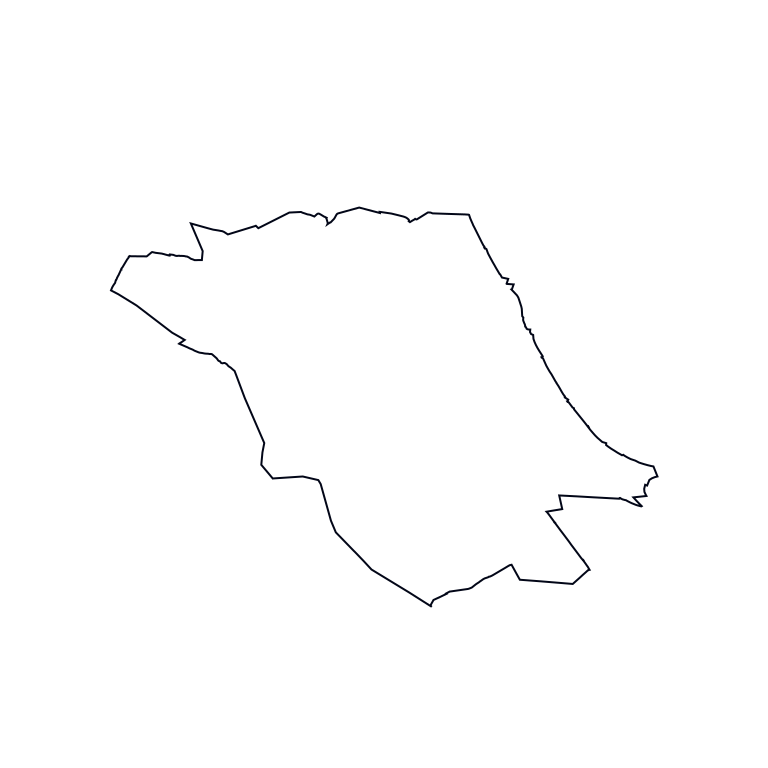 Borne, Overijssel, Netherlands, rotated 202°
{"feature_id": "6326949B45905338143380", "entity_name": "Borne", "entity_type": "district", "adm_level": 2, "iso_a3": "NLD", "parent_name": "Netherlands", "parent_adm1": "Overijssel", "projection": "robinson", "projection_center": [6.747, 52.312], "detail": "fine", "context": "isolated", "style": "outline", "palette": "ink", "viewbox_px": 768, "rotation_deg": 202, "n_neighbors": 0, "source": "geoboundaries", "source_scale": "gbopen_adm2", "svg_char_len": 6039}
<svg xmlns="http://www.w3.org/2000/svg" viewBox="0 0 768 768"><g transform="rotate(202 384 384)"><path d="M103.3,408.5L105.7,408.0L109.2,407.5L112.8,407.1L116.4,406.8L118.1,406.7L122.3,407.1L127.2,406.8L130.8,407.1L134.3,407.6L135.6,408.0L136.6,407.1L141.8,407.8L145.5,408.5L149.1,409.1L152.6,409.9L155.2,410.6L155.8,412.4L159.9,412.0L165.7,414.0L169.0,415.4L172.2,417.0L175.3,418.6L178.5,420.5L178.2,420.8L179.1,421.3L179.2,421.5L179.8,421.3L184.3,423.9L198.3,431.7L198.8,432.7L200.3,432.8L205.9,436.2L206.8,436.5L207.1,436.2L207.7,436.6L207.4,436.9L207.3,438.5L211.0,439.2L210.9,439.5L211.7,439.9L211.7,440.3L213.8,441.5L216.5,443.5L219.1,445.6L221.7,447.6L224.5,449.5L224.6,449.8L225.9,450.6L232.3,455.7L235.1,457.6L237.8,459.7L240.4,461.8L242.8,464.1L246.2,467.4L247.3,467.7L247.7,467.5L248.0,467.8L247.7,468.0L247.2,469.1L247.8,469.6L252.5,472.9L255.3,475.0L257.8,477.1L260.2,479.4L262.3,481.8L264.1,485.4L266.3,485.4L268.1,486.9L268.8,489.3L270.0,488.8L270.9,488.6L271.6,488.5L272.5,488.7L273.1,489.3L273.6,489.8L274.6,490.1L275.0,491.0L275.5,491.7L276.0,492.3L276.4,492.6L277.0,493.2L278.4,494.7L278.7,495.0L278.9,495.5L279.2,496.0L279.7,497.8L281.2,498.6L281.8,499.8L284.4,505.3L285.7,507.2L289.3,511.5L291.5,514.1L292.0,514.6L293.9,516.0L301.3,519.4L301.1,519.6L300.9,520.0L301.1,524.9L307.6,522.8L307.9,522.9L308.2,528.0L314.5,526.9L317.4,529.2L317.9,529.2L323.8,533.7L325.9,535.4L328.6,537.5L333.0,541.1L336.1,543.7L336.9,544.5L339.6,547.5L340.8,547.7L341.1,547.4L342.0,547.9L341.8,548.2L342.4,549.0L342.8,549.2L343.6,549.6L344.2,550.1L346.1,551.7L347.9,553.3L358.3,562.5L361.1,564.9L361.5,565.4L363.8,567.6L366.1,569.9L368.5,572.7L369.0,572.7L372.6,571.5L388.1,565.8L402.9,560.4L404.7,560.4L405.0,560.4L407.1,559.7L407.3,559.6L407.5,559.5L407.7,559.3L415.1,549.1L415.3,548.9L415.5,548.8L415.8,548.7L416.1,548.7L416.4,548.7L417.0,548.8L417.4,548.0L419.0,546.0L420.6,543.8L422.1,544.2L422.1,545.0L422.6,545.6L423.3,545.9L425.3,546.5L426.5,546.6L427.6,546.6L429.0,546.5L430.4,546.3L433.5,545.9L441.0,544.8L452.5,542.0L451.9,541.0L473.1,538.3L490.2,525.2L490.6,524.9L490.8,524.6L491.1,524.3L491.2,524.0L491.3,523.9L491.4,523.6L491.5,523.2L492.0,519.1L492.1,518.9L492.2,518.3L493.0,516.4L493.5,515.1L494.1,513.7L494.7,513.4L495.2,512.5L495.8,511.7L496.3,510.9L496.3,512.0L499.2,515.7L499.5,515.9L499.4,516.6L501.5,516.8L501.9,516.7L506.1,517.4L507.9,517.6L508.5,517.5L508.7,517.4L509.2,517.1L509.7,516.5L511.1,513.6L511.3,513.2L515.9,513.2L518.6,512.6L520.9,512.5L523.7,512.3L525.4,512.4L536.0,507.5L558.9,481.4L562.1,482.7L562.5,482.3L584.3,464.6L584.8,464.2L588.9,465.0L589.6,465.1L590.5,465.1L591.3,465.1L592.5,464.8L595.1,464.3L600.3,463.1L606.0,462.4L623.2,460.5L601.9,439.3L599.3,430.7L606.0,427.9L606.4,427.9L608.3,427.9L609.2,427.8L610.0,427.8L610.7,427.9L611.5,428.1L612.5,428.3L614.1,428.4L614.5,428.4L615.2,428.1L616.7,427.9L618.5,427.4L620.3,426.7L621.2,426.3L621.6,426.3L621.9,426.2L622.2,426.1L624.1,425.1L624.5,425.0L625.0,424.9L625.5,424.8L627.7,424.8L630.7,424.0L631.2,423.9L631.3,423.7L631.1,423.5L630.9,423.3L630.7,423.1L630.7,422.8L630.9,422.7L631.3,422.6L635.4,422.1L636.5,422.0L637.2,421.9L637.8,421.8L638.8,421.7L644.8,420.1L648.3,419.5L648.6,419.3L648.8,419.0L651.6,413.8L651.9,413.4L666.6,407.6L667.0,407.5L667.3,407.5L667.6,407.5L668.2,406.8L668.3,406.3L668.1,406.1L668.3,405.0L668.8,403.3L670.2,394.3L670.6,393.0L670.7,392.2L670.4,391.8L670.6,391.7L670.7,390.3L670.7,389.5L670.8,387.7L670.9,386.0L670.9,385.2L671.1,384.5L671.2,383.0L671.3,382.4L671.2,381.7L671.3,380.1L671.5,380.0L671.5,379.4L671.2,377.0L671.7,375.0L672.0,373.3L672.2,371.7L672.2,368.5L663.9,367.7L642.8,364.1L599.6,352.2L590.6,351.0L588.1,350.6L586.1,350.3L585.3,350.2L587.1,347.4L589.0,344.8L589.1,344.6L581.0,344.4L580.1,344.4L577.8,344.2L574.3,344.2L572.1,343.9L569.4,343.9L568.4,343.9L567.7,343.9L566.8,344.0L566.2,344.1L565.1,344.4L563.8,344.7L562.1,345.0L560.9,345.3L559.2,345.9L557.9,346.3L557.3,346.4L556.8,346.5L555.8,347.0L554.9,347.2L554.1,347.0L549.8,345.5L549.0,345.2L548.5,345.0L548.1,344.7L547.0,344.0L546.7,343.8L546.3,343.6L545.6,343.5L545.0,343.5L544.7,343.6L544.4,343.5L543.4,342.8L543.1,342.6L542.9,342.6L542.1,342.6L541.7,342.6L541.3,342.8L540.3,343.5L539.9,343.7L539.2,343.8L538.5,343.7L537.3,343.5L536.9,343.3L535.4,342.5L534.6,342.2L532.1,341.7L530.7,341.2L529.0,340.6L527.4,340.1L524.5,337.0L507.8,318.8L472.9,284.4L471.1,275.1L467.5,263.1L451.7,254.7L451.2,255.0L424.7,267.8L408.9,270.3L405.2,267.5L382.0,237.4L373.1,228.4L352.5,219.3L349.1,217.8L348.3,217.5L336.7,212.3L326.1,207.3L282.4,200.1L256.3,195.3L258.0,196.1L257.5,199.8L257.2,202.3L252.2,207.6L247.4,212.9L247.9,213.1L245.3,216.2L244.7,216.5L229.4,225.4L228.6,226.0L226.6,227.9L226.2,228.4L225.6,229.5L223.9,232.5L223.4,233.3L221.5,236.0L221.2,236.7L220.8,237.2L219.4,239.4L218.9,240.2L218.4,240.8L217.8,241.5L215.9,243.1L215.1,243.8L214.9,244.1L214.7,244.3L214.6,244.6L214.2,244.8L213.7,245.1L212.9,245.9L211.9,247.0L210.5,248.8L203.0,258.6L200.6,261.8L200.0,262.5L199.8,262.9L198.0,264.2L190.4,258.0L184.7,253.4L164.6,259.8L145.7,265.7L134.1,269.3L129.9,277.8L128.2,281.4L126.3,285.2L125.6,286.7L125.0,287.6L125.0,287.9L123.8,288.7L124.6,289.3L126.6,290.9L127.8,291.6L129.6,292.8L131.8,294.2L133.3,295.1L133.1,295.3L133.6,295.6L133.9,295.4L134.1,295.6L134.9,295.9L136.5,296.8L143.4,301.0L150.4,305.2L151.3,305.8L153.5,307.2L161.8,312.2L165.5,314.4L173.0,319.0L173.7,319.3L173.5,319.5L175.4,320.5L181.5,324.3L184.9,326.3L185.1,326.3L185.5,326.5L171.9,334.8L179.8,346.3L162.7,352.2L148.5,357.0L123.4,365.6L122.9,365.8L123.0,366.2L123.0,366.3L122.9,366.5L122.4,366.8L121.9,366.7L121.1,366.5L119.9,366.4L119.5,366.4L118.9,366.5L117.7,366.6L116.6,366.8L116.1,366.9L114.8,366.7L113.8,366.6L111.4,366.4L109.8,366.3L107.9,366.3L105.4,366.3L103.6,366.4L101.1,366.7L99.6,366.9L99.3,367.3L101.9,368.4L106.6,370.5L110.3,372.3L98.7,378.5L98.9,378.7L99.4,379.0L100.6,380.1L102.1,381.5L103.0,383.3L103.5,384.3L104.0,387.8L104.1,388.4L102.0,388.4L102.0,394.5L100.2,397.0L98.0,399.1L95.8,400.7L103.3,408.5Z" fill="none" stroke="#020617" stroke-width="2"/></g></svg>